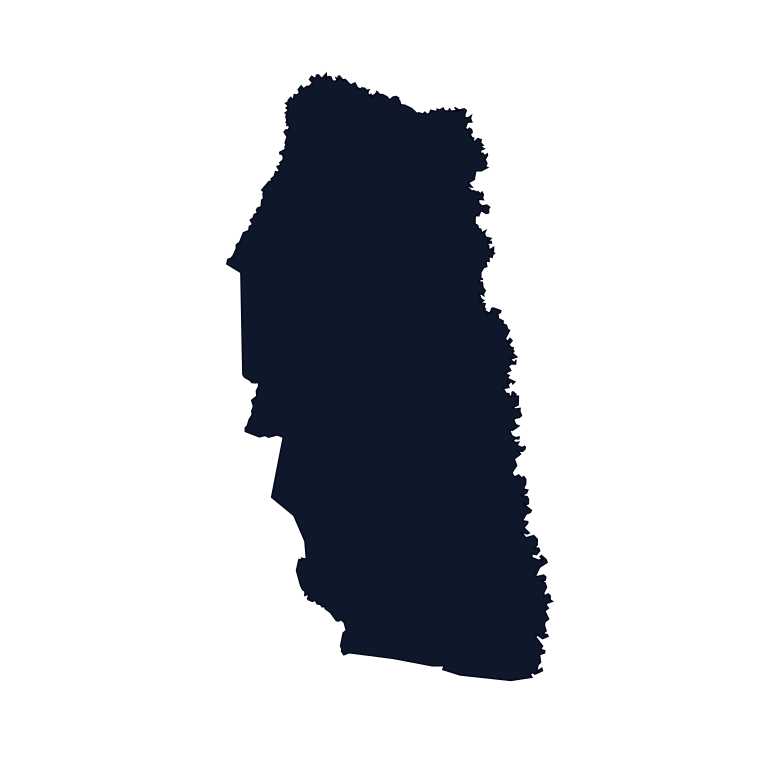 Tala, Entre Ríos, Argentina (Robinson projection), rotated 349°
{"feature_id": "61730980B14565124860161", "entity_name": "Tala", "entity_type": "district", "adm_level": 2, "iso_a3": "ARG", "parent_name": "Argentina", "parent_adm1": "Entre Ríos", "projection": "robinson", "projection_center": [-59.248, -32.313], "detail": "fine", "context": "isolated", "style": "filled", "palette": "ink", "viewbox_px": 768, "rotation_deg": 349, "n_neighbors": 0, "source": "geoboundaries", "source_scale": "gbopen_adm2", "svg_char_len": 6116}
<svg xmlns="http://www.w3.org/2000/svg" viewBox="0 0 768 768"><g transform="rotate(349 384 384)"><path d="M526.9,191.2L524.9,190.2L527.1,187.1L526.0,182.8L529.2,179.3L529.2,177.9L526.3,179.3L525.1,176.4L522.3,175.9L523.8,172.7L527.1,172.2L523.7,168.9L526.8,168.5L524.8,165.7L526.0,162.8L522.9,161.0L520.0,163.2L517.6,162.5L518.9,159.7L514.8,158.1L517.0,158.0L516.1,155.6L518.6,153.7L518.5,151.0L516.6,149.2L514.3,150.8L512.7,148.3L515.8,142.9L520.2,143.5L519.5,139.8L520.8,137.3L517.7,138.8L514.3,138.3L514.7,134.8L517.0,131.2L515.2,129.2L509.8,129.4L506.1,126.0L508.2,129.6L507.8,130.7L506.3,129.2L502.1,129.2L500.8,126.6L499.3,128.4L495.7,127.5L494.7,124.4L491.1,125.7L488.6,124.4L488.0,126.8L482.1,124.3L480.4,126.9L477.8,127.7L476.0,125.1L473.5,126.4L469.8,124.4L468.0,124.8L463.6,118.8L457.4,114.2L453.8,113.2L453.3,108.6L452.3,108.1L452.9,105.9L450.5,104.0L447.3,104.2L443.8,106.4L441.5,102.4L437.3,99.4L435.4,99.5L432.8,95.6L431.2,97.7L426.4,99.4L426.5,97.2L424.3,98.0L423.5,94.9L425.3,92.4L423.0,92.6L421.4,90.0L418.6,89.1L417.5,90.2L414.4,88.1L412.9,82.9L408.2,84.2L404.1,77.7L401.5,77.6L399.0,73.1L397.8,73.2L397.4,75.7L395.4,74.4L396.1,77.0L393.4,77.5L391.2,76.6L390.4,72.4L387.8,71.6L385.7,73.4L386.5,68.3L381.1,72.3L378.5,68.0L376.6,68.0L375.9,70.3L373.9,70.5L371.7,68.2L369.0,70.8L371.4,74.6L367.6,77.6L364.9,77.1L361.5,79.0L359.5,75.6L356.0,78.7L356.8,81.8L353.9,83.7L351.1,82.8L349.3,88.0L347.1,84.9L344.1,87.3L344.2,88.7L341.0,89.7L342.8,91.9L342.4,93.6L340.6,94.3L342.5,97.5L338.8,99.0L340.1,101.0L338.8,102.5L338.9,107.3L337.8,108.5L338.9,109.9L338.0,111.6L339.8,111.5L340.3,113.9L338.3,116.4L336.4,115.8L334.1,117.5L336.1,122.9L332.9,128.5L333.8,129.9L331.9,132.7L332.7,134.6L325.9,136.7L325.7,138.2L328.1,139.3L328.6,142.3L327.3,145.2L324.0,146.8L324.6,149.5L320.5,150.1L322.1,154.4L320.7,155.9L318.0,154.9L315.9,159.2L312.3,161.2L312.8,163.4L309.7,163.4L301.0,170.3L303.0,172.6L301.6,173.8L301.1,179.2L299.0,180.2L297.4,186.5L293.3,187.3L292.0,189.2L292.5,192.1L288.9,192.9L287.3,196.0L284.0,197.6L285.4,201.4L284.4,203.0L282.0,203.5L280.6,207.6L274.9,208.7L269.4,217.3L265.7,219.1L264.9,222.9L260.6,229.1L257.7,231.5L254.6,231.8L252.6,236.1L264.8,247.3L247.3,347.6L248.2,350.5L253.7,355.3L254.2,357.0L255.4,356.0L255.4,357.5L258.6,358.5L260.7,356.9L260.8,362.1L257.5,366.3L256.8,371.8L251.0,374.7L251.7,381.0L249.0,385.5L248.9,388.9L244.9,393.2L241.8,399.1L239.6,400.5L238.8,404.1L251.6,412.1L257.6,411.8L260.4,414.1L269.4,413.6L275.0,417.0L252.1,473.7L270.4,495.8L276.4,523.2L274.4,541.2L269.8,539.3L269.9,541.1L267.0,540.1L262.5,550.4L263.7,565.9L264.9,570.3L267.1,572.4L265.9,576.4L268.7,576.0L269.9,577.2L268.0,580.0L268.4,581.1L272.2,583.7L275.2,583.0L276.5,587.1L279.6,588.2L280.8,590.9L283.5,591.1L283.5,593.4L287.8,598.0L292.1,607.2L294.3,608.0L296.8,607.0L299.4,610.4L300.0,618.6L296.4,620.7L291.4,633.0L292.1,636.0L291.3,638.1L292.9,642.1L298.5,641.1L340.5,655.0L377.9,669.9L389.4,672.0L387.3,675.5L403.2,684.1L452.0,699.2L473.2,700.0L472.1,697.1L474.4,695.3L476.9,697.6L484.8,695.7L484.6,693.1L478.9,695.4L481.7,688.8L484.5,687.1L485.0,679.3L490.2,678.6L490.9,676.5L486.9,674.4L489.6,671.6L484.6,661.1L486.6,659.4L491.0,664.2L496.8,663.0L496.5,661.2L492.1,659.5L496.0,657.2L495.3,651.7L496.5,648.2L500.7,646.1L498.5,637.3L502.6,635.4L500.9,632.0L501.8,630.3L507.8,629.5L505.8,627.5L506.7,623.7L505.1,621.4L500.4,622.7L501.1,619.2L504.7,614.6L504.2,610.3L501.4,607.4L504.8,607.3L506.0,604.4L504.3,602.1L496.7,602.3L496.3,601.0L501.8,593.5L510.1,590.2L509.5,587.1L505.8,582.4L504.2,583.4L506.2,586.3L502.2,586.5L495.9,582.5L497.0,578.8L501.1,580.6L504.9,577.5L504.6,574.8L500.5,573.7L503.7,571.1L504.8,565.7L502.0,561.4L493.9,562.1L490.7,555.9L496.3,558.5L498.1,557.9L493.8,551.7L498.3,548.3L498.8,546.5L494.5,545.0L494.4,543.8L498.8,538.7L503.0,538.0L504.5,536.2L498.1,528.5L498.5,527.5L500.6,529.5L502.9,529.0L503.8,524.6L503.0,522.0L497.6,519.7L503.2,518.1L504.9,515.5L501.7,514.3L501.5,512.3L504.0,509.1L504.9,504.5L503.6,501.6L501.0,502.5L498.9,499.0L494.7,500.2L492.9,497.5L493.1,494.8L498.6,489.4L497.5,482.4L504.6,478.8L502.8,475.2L507.0,476.5L509.7,475.0L510.7,472.9L509.9,472.0L507.4,472.9L502.7,469.5L505.1,466.8L502.4,466.7L500.4,465.5L500.1,463.9L502.7,462.7L505.8,463.6L506.6,461.9L502.6,461.7L499.4,458.8L498.7,454.3L499.3,453.1L501.2,454.0L508.4,450.9L505.7,449.2L504.4,444.7L505.8,442.6L510.1,442.7L512.9,441.3L512.1,436.6L512.9,433.9L507.5,433.6L506.2,431.6L511.6,430.2L513.6,421.6L509.7,421.0L511.5,419.4L509.2,416.3L508.2,416.6L507.2,420.2L504.7,419.9L504.7,417.3L502.1,416.6L500.2,411.1L505.9,411.2L505.5,405.8L506.8,407.4L509.7,405.3L510.6,408.4L512.7,406.8L506.6,402.4L506.6,401.1L508.5,399.5L504.7,396.8L511.0,394.8L509.2,390.1L512.9,388.6L516.9,389.5L518.1,385.4L517.3,387.2L515.3,387.5L512.7,383.7L519.5,382.8L516.5,379.0L516.3,377.5L517.7,376.6L516.9,374.9L517.7,373.1L515.8,372.4L513.9,369.3L518.0,365.8L516.4,363.4L512.9,366.1L511.8,362.4L517.4,355.4L515.7,353.7L515.3,349.7L512.1,347.8L513.0,345.0L508.7,341.5L509.2,336.8L511.9,336.0L512.6,334.3L505.6,330.2L504.2,330.5L502.3,333.8L499.1,334.2L498.9,332.7L496.3,331.0L497.8,329.7L496.8,327.4L498.6,324.6L493.7,322.4L497.8,321.0L495.7,319.2L494.6,314.5L496.6,314.0L498.8,316.2L498.8,314.4L501.2,311.7L499.5,308.0L499.9,302.9L497.3,302.6L498.1,299.3L501.1,300.1L499.2,298.5L500.4,292.8L504.2,288.6L507.3,288.3L507.3,283.8L508.8,282.9L510.6,283.7L511.3,278.7L514.3,280.3L515.5,277.6L517.4,276.8L515.1,274.0L517.0,274.0L517.6,270.8L513.9,272.4L512.5,271.0L513.2,268.3L512.2,266.9L513.2,265.4L516.3,266.2L516.3,264.6L513.7,264.5L513.3,262.8L514.7,263.2L516.8,261.5L512.0,259.4L511.1,255.7L513.0,252.9L508.8,254.3L508.5,250.5L506.4,249.5L506.2,246.2L503.9,244.3L505.1,238.0L506.7,235.9L509.0,237.0L512.3,232.2L517.0,236.1L519.4,235.8L519.8,232.4L521.4,230.6L519.1,228.0L514.1,228.0L511.4,224.3L512.1,220.6L516.7,222.0L516.2,219.9L517.6,217.1L516.9,214.4L514.9,215.8L513.0,213.1L511.3,215.6L510.5,214.3L511.1,212.8L508.6,211.3L506.4,211.7L506.1,209.9L502.8,207.1L504.2,206.3L508.0,207.5L505.1,202.6L511.6,200.4L514.7,192.2L520.2,193.3L526.9,191.2Z" fill="#0f172a" stroke="#020617" stroke-width="1.5"/></g></svg>